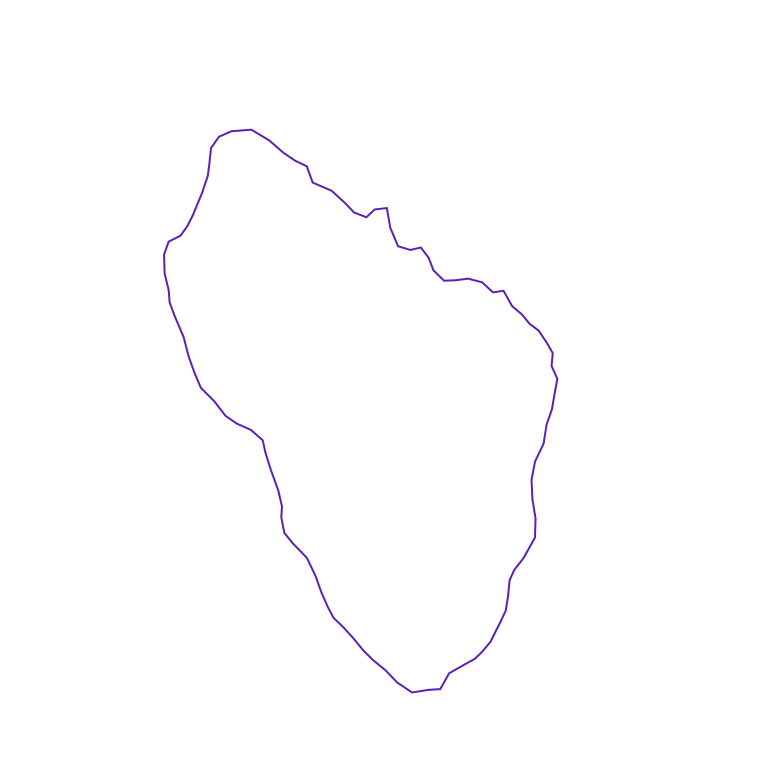 outline of Novais, São Paulo, Brazil, rotated 332°
{"feature_id": "56859067B41294834912273", "entity_name": "Novais", "entity_type": "district", "adm_level": 2, "iso_a3": "BRA", "parent_name": "Brazil", "parent_adm1": "São Paulo", "projection": "equal_earth", "projection_center": [-48.916, -20.986], "detail": "fine", "context": "isolated", "style": "outline", "palette": "violet", "viewbox_px": 768, "rotation_deg": 332, "n_neighbors": 0, "source": "geoboundaries", "source_scale": "gbopen_adm2", "svg_char_len": 1362}
<svg xmlns="http://www.w3.org/2000/svg" viewBox="0 0 768 768"><g transform="rotate(332 384 384)"><path d="M539.5,460.8L540.4,446.8L547.5,436.0L547.1,424.3L545.6,409.5L540.8,399.3L538.4,387.3L533.7,375.5L533.3,357.8L523.3,354.3L518.4,340.3L507.8,330.5L495.9,326.0L485.5,321.0L481.0,306.8L482.7,293.5L480.6,280.8L470.2,278.0L461.1,269.0L462.9,249.0L469.1,230.0L457.7,225.5L446.7,228.5L438.1,218.5L434.8,206.8L428.6,189.0L415.6,172.7L418.0,155.5L410.4,145.2L403.7,132.5L397.0,115.0L386.3,97.2L367.9,89.2L354.3,88.2L342.0,94.5L332.9,108.0L326.1,117.5L313.3,129.7L303.2,138.0L294.5,145.2L284.6,152.2L274.0,157.5L260.7,157.2L250.5,166.5L242.1,183.7L237.8,200.5L233.0,211.3L231.1,225.5L229.1,248.5L224.4,268.3L222.0,284.5L220.5,301.3L226.1,319.8L229.1,337.8L235.4,349.8L244.9,362.0L250.5,376.8L247.2,388.5L243.8,406.5L240.6,428.8L236.4,444.3L230.6,453.8L226.1,468.8L228.7,482.0L234.3,501.3L233.4,521.3L231.0,537.8L229.7,554.5L229.7,566.8L233.9,579.8L237.3,593.0L240.7,609.8L244.4,621.8L251.1,638.0L255.4,653.5L263.9,669.5L279.8,675.0L290.4,679.8L305.7,670.0L322.8,669.5L335.3,669.3L345.4,666.3L356.7,661.8L375.0,648.8L385.0,641.3L394.0,629.5L402.7,616.3L411.7,609.3L425.3,603.3L445.2,590.5L454.7,573.8L461.0,555.3L469.2,538.0L481.0,523.3L489.2,517.3L497.0,511.5L508.4,496.3L520.3,485.3L529.8,473.0L539.5,460.8Z" fill="none" stroke="#5b21b6" stroke-width="2"/></g></svg>